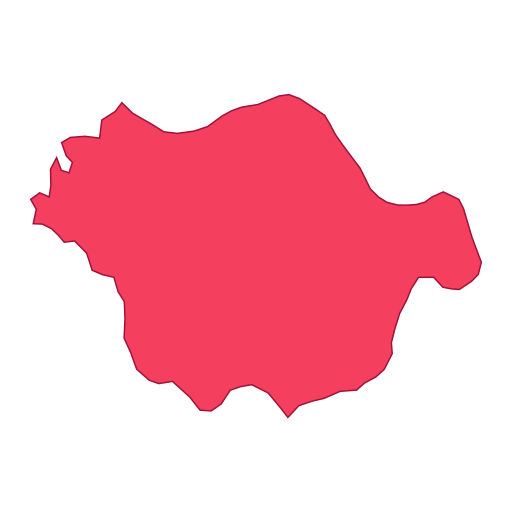 outline of Igaraçu do Tietê, São Paulo, Brazil
{"feature_id": "56859067B58418720963573", "entity_name": "Igaraçu do Tietê", "entity_type": "district", "adm_level": 2, "iso_a3": "BRA", "parent_name": "Brazil", "parent_adm1": "São Paulo", "projection": "equal_earth", "projection_center": [-48.578, -22.543], "detail": "fine", "context": "isolated", "style": "filled", "palette": "rose", "viewbox_px": 512, "rotation_deg": 0, "n_neighbors": 0, "source": "geoboundaries", "source_scale": "gbopen_adm2", "svg_char_len": 1341}
<svg xmlns="http://www.w3.org/2000/svg" viewBox="0 0 512 512"><path d="M64.2,242.2L74.6,241.0L86.7,253.2L92.2,270.3L102.3,274.6L113.9,277.3L118.1,291.7L124.3,301.6L125.0,318.5L124.1,338.1L130.7,352.5L136.7,369.2L149.2,380.2L158.7,383.6L172.5,381.4L189.8,397.1L200.1,410.2L211.3,410.9L221.2,403.9L230.3,390.1L241.1,386.5L251.8,384.7L268.1,392.9L280.2,407.5L287.9,417.4L298.8,405.7L311.8,401.2L324.2,398.3L340.2,391.3L356.6,390.1L364.3,383.2L375.9,376.9L384.2,369.4L392.2,353.7L391.4,342.6L394.9,328.7L399.8,313.1L407.0,299.4L411.2,288.8L418.6,277.3L433.7,277.3L442.8,287.2L450.9,288.8L459.3,289.5L471.4,281.4L478.3,274.4L481.3,262.2L472.0,237.4L463.5,208.6L458.8,199.4L443.3,191.9L432.1,196.9L424.7,202.3L416.4,204.5L406.5,205.2L397.6,205.0L386.9,202.3L378.6,197.1L370.4,189.0L360.0,168.0L351.8,157.2L341.9,143.9L335.5,134.7L329.8,124.1L324.7,115.3L313.0,107.4L299.7,98.7L288.9,94.6L279.0,96.0L257.9,104.5L241.4,107.2L231.5,110.8L222.1,116.0L207.5,126.6L194.0,131.1L177.2,133.4L163.8,131.8L152.7,124.8L143.6,119.6L132.7,113.3L121.9,102.7L115.2,111.5L101.8,120.1L99.6,138.1L85.0,136.3L70.4,137.4L61.6,142.6L66.3,155.9L72.4,162.4L69.0,172.8L61.3,170.3L56.6,157.7L50.5,169.2L50.9,185.4L49.2,196.9L39.6,192.8L30.7,199.4L36.3,209.3L33.2,223.7L42.3,224.1L51.4,228.6L58.3,235.2L64.2,242.2Z" fill="#f43f5e" stroke="#9f1239" stroke-width="1.5"/></svg>